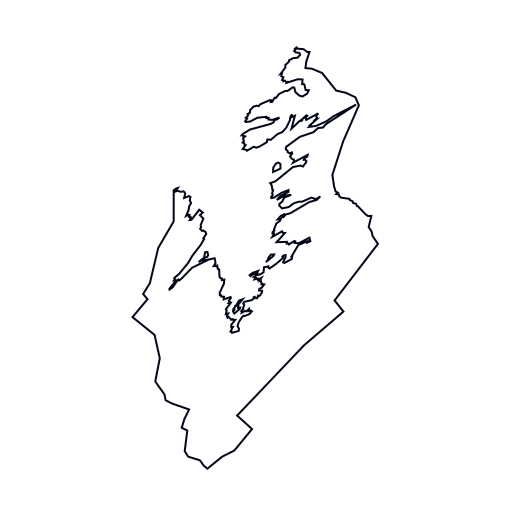 Lebesby nor, Finnmark, Norway, rotated 323°
{"feature_id": "86288312B28845238871652", "entity_name": "Lebesby nor", "entity_type": "district", "adm_level": 2, "iso_a3": "NOR", "parent_name": "Norway", "parent_adm1": "Finnmark", "projection": "robinson", "projection_center": [27.103, 70.553], "detail": "fine", "context": "isolated", "style": "outline", "palette": "ink", "viewbox_px": 512, "rotation_deg": 323, "n_neighbors": 0, "source": "geoboundaries", "source_scale": "gbopen_adm2", "svg_char_len": 6161}
<svg xmlns="http://www.w3.org/2000/svg" viewBox="0 0 512 512"><g transform="rotate(323 256 256)"><path d="M372.2,293.4L369.5,291.5L368.6,288.6L367.3,277.5L366.7,276.6L367.4,274.5L365.5,272.3L366.0,270.2L364.6,267.7L365.0,266.6L359.1,260.6L358.4,258.7L359.3,256.8L357.4,254.9L359.5,254.6L358.4,252.5L360.2,247.5L365.8,237.2L394.6,216.9L428.8,197.6L430.9,189.1L425.9,179.6L419.6,172.2L418.9,149.5L413.2,139.9L408.6,135.7L413.0,131.1L421.5,125.3L419.8,124.0L418.4,119.4L413.0,114.6L414.7,113.7L411.5,114.0L411.3,115.0L409.9,115.2L410.2,117.2L412.9,120.0L412.3,121.9L408.5,122.6L404.6,120.3L400.2,119.6L399.4,120.6L394.4,121.1L392.9,123.1L385.2,125.4L386.6,125.8L384.3,127.7L385.5,129.7L382.8,131.1L383.6,132.1L383.0,132.9L384.7,133.5L384.7,135.1L385.6,135.7L384.7,136.1L396.0,140.1L399.4,143.1L396.3,146.5L397.6,147.4L397.7,148.5L395.5,153.3L397.9,155.3L394.6,157.1L389.1,156.6L387.2,154.1L386.1,148.9L387.9,144.5L386.8,143.4L380.4,143.1L378.8,141.8L372.0,140.5L366.9,141.8L366.2,140.8L361.6,142.6L360.5,141.9L362.0,140.9L361.0,139.9L350.8,137.4L348.2,137.9L347.1,136.4L343.9,135.2L339.1,135.9L337.4,137.9L334.8,137.6L334.9,138.4L333.6,139.2L331.0,139.5L331.6,140.9L328.3,141.9L328.4,142.8L332.3,145.1L340.3,146.4L348.1,151.1L347.3,152.0L349.2,153.3L348.1,154.4L350.7,157.0L358.0,159.5L354.6,159.6L353.4,158.4L350.3,159.8L347.0,159.3L327.4,151.4L318.4,150.6L317.5,150.9L318.2,151.2L317.5,151.2L318.1,151.4L317.7,152.0L319.3,153.9L316.4,154.3L315.5,157.0L313.6,157.4L314.5,159.0L313.7,160.4L314.4,161.2L309.8,162.6L312.3,165.6L312.2,166.5L320.0,167.4L321.3,169.6L324.6,170.7L332.7,171.6L334.1,171.4L333.3,171.4L335.3,169.8L337.7,172.1L346.7,171.6L351.5,172.9L357.5,171.7L364.6,168.1L367.6,165.3L370.1,164.7L367.6,166.5L371.5,167.4L360.9,175.7L372.2,174.4L374.0,174.6L373.5,175.3L374.4,175.5L375.6,174.5L380.8,174.0L381.3,174.8L378.5,175.7L378.0,177.5L391.6,179.6L388.2,180.4L388.0,182.3L385.7,182.7L386.9,183.3L376.2,184.1L379.0,184.6L376.2,184.9L382.3,188.3L393.3,190.8L401.7,191.0L427.1,195.3L391.1,192.8L386.7,193.7L382.6,191.2L376.3,191.7L362.8,187.2L345.7,187.0L344.0,188.6L344.5,191.1L343.8,192.0L344.5,194.2L347.0,194.8L346.6,195.9L343.1,197.0L343.1,200.3L344.3,201.6L343.8,203.0L341.8,203.8L358.1,206.3L356.8,207.4L353.0,207.1L352.1,208.0L353.0,208.5L353.4,210.4L352.5,211.3L347.3,212.8L345.9,210.5L339.0,207.2L316.5,208.0L311.2,206.4L311.1,208.9L308.9,213.1L309.3,213.7L306.8,215.4L306.0,217.5L303.6,217.9L303.1,219.0L305.9,220.3L314.2,220.9L321.6,222.9L320.5,224.4L311.4,222.8L306.4,223.8L314.4,224.6L320.9,228.3L313.5,226.3L309.8,228.3L306.0,228.5L304.9,229.7L305.5,233.7L311.6,236.6L317.8,236.6L323.1,238.5L325.3,240.3L335.3,242.7L338.2,246.7L343.2,247.2L338.0,247.7L331.1,245.0L309.2,242.5L304.6,240.7L301.2,241.5L300.6,241.0L304.6,239.8L300.0,238.9L295.4,239.8L298.1,241.3L296.4,242.3L291.7,242.3L286.0,245.9L285.9,246.8L283.5,247.0L282.8,247.9L284.0,248.5L283.7,249.2L280.7,250.5L291.7,252.0L291.3,253.7L292.9,255.0L280.8,257.4L289.2,263.3L288.0,264.6L289.4,265.5L289.2,266.5L295.7,267.1L296.2,267.9L294.8,268.9L297.9,271.6L309.7,273.5L308.3,276.9L305.1,276.2L306.2,275.2L296.5,272.7L284.2,277.7L284.8,278.1L282.7,279.9L274.6,278.7L273.8,277.4L278.7,274.8L280.2,273.1L278.1,272.1L276.8,272.4L277.1,273.0L276.2,273.8L267.3,274.4L259.2,274.1L258.9,272.5L259.6,271.7L255.6,269.8L252.3,273.5L249.0,273.4L246.4,272.4L246.5,271.7L241.5,271.5L242.7,273.2L240.9,273.8L243.8,275.1L243.2,276.3L247.2,276.7L244.2,278.1L245.1,278.3L243.9,280.9L244.3,281.7L243.5,282.1L245.4,283.6L241.5,284.8L239.0,284.2L237.7,285.4L240.0,287.4L239.2,288.5L235.7,289.9L233.7,289.8L233.6,289.0L231.4,290.4L229.9,288.8L230.4,287.9L229.3,287.5L228.6,288.6L226.2,288.7L218.9,285.5L217.1,286.3L217.4,287.5L216.7,288.4L212.6,290.8L214.8,290.7L211.1,291.2L211.3,292.0L210.4,292.7L214.3,293.4L215.1,294.4L218.4,294.1L217.0,295.6L219.0,296.4L219.4,297.7L215.6,298.4L210.7,297.1L210.1,296.2L208.2,296.4L202.3,298.5L199.1,300.9L198.6,304.0L197.1,305.4L190.6,302.9L190.9,301.7L190.2,301.0L194.9,298.8L193.4,298.0L194.9,296.0L201.0,294.5L198.3,292.3L198.9,292.1L197.9,291.2L197.4,288.0L196.1,288.1L196.6,286.3L199.2,285.2L197.0,284.2L199.8,281.9L199.9,280.4L207.6,278.2L206.0,277.1L207.5,276.8L207.3,275.4L210.7,274.4L211.0,273.5L204.1,271.2L206.0,269.3L204.0,267.7L204.5,266.3L203.5,265.6L204.9,263.5L213.6,258.9L216.5,255.8L214.3,254.7L215.3,253.6L214.3,252.5L214.3,250.7L218.5,244.5L217.7,243.4L218.7,241.6L218.1,240.7L219.1,240.1L216.2,238.6L219.5,237.2L221.6,232.9L211.5,228.2L213.8,226.7L216.0,227.1L215.6,227.5L218.2,226.7L219.6,223.6L217.6,222.4L213.4,226.1L206.5,226.3L210.1,226.8L212.9,229.8L197.8,226.9L182.5,229.3L179.9,229.3L180.0,228.2L178.6,228.2L170.7,230.9L166.7,230.8L167.0,230.1L177.6,227.4L175.7,226.2L177.2,225.7L177.4,224.4L184.0,224.0L197.9,220.6L205.2,217.5L218.4,213.9L224.8,211.2L224.6,210.2L229.5,208.5L230.2,206.6L229.3,204.0L228.0,203.5L227.8,200.6L229.5,200.0L230.4,198.0L236.5,194.4L235.8,189.6L239.7,189.3L238.5,184.9L226.3,188.2L224.9,187.4L227.0,186.7L227.3,185.5L226.3,185.5L226.0,184.1L227.6,183.1L226.8,182.2L224.3,181.9L229.9,178.7L232.7,176.0L236.0,174.7L236.6,171.7L239.2,169.4L238.5,167.8L233.5,166.4L237.0,163.6L237.3,162.2L237.0,160.7L234.6,159.5L232.5,156.6L230.3,156.0L234.4,154.6L232.9,154.1L229.8,154.0L211.1,178.8L182.8,190.7L154.8,213.9L143.0,218.4L143.4,225.2L120.6,230.5L127.5,258.0L117.6,279.8L100.0,295.6L99.6,311.5L97.0,316.8L100.4,323.7L110.2,338.3L100.7,343.1L93.3,348.5L96.1,354.0L81.6,369.0L81.1,375.5L88.2,385.3L88.1,391.6L89.1,396.6L108.1,395.9L121.7,398.3L148.7,391.8L144.9,372.1L240.8,356.2L292.4,353.0L292.0,338.8L360.7,319.7L361.1,310.3L363.0,306.2L363.4,300.7L372.2,293.4ZM327.4,194.2L322.9,195.9L320.2,199.2L328.1,200.9L330.9,197.2L330.1,194.8L327.4,194.2ZM219.3,282.5L215.6,281.4L210.7,283.4L208.7,283.2L209.8,283.9L206.3,284.6L205.5,285.2L206.2,285.9L204.3,286.5L204.1,288.9L211.0,288.5L212.0,287.8L210.4,287.3L210.3,286.6L211.9,285.5L211.1,284.4L219.3,282.5ZM269.6,266.5L271.4,265.7L268.6,263.8L264.4,265.1L264.6,266.0L260.2,266.8L269.6,266.5ZM243.2,267.4L238.5,267.4L240.0,267.9L239.7,268.8L243.3,269.0L245.9,270.7L247.6,270.7L246.4,270.1L248.6,269.2L243.2,267.4Z" fill="none" stroke="#020617" stroke-width="2"/></g></svg>